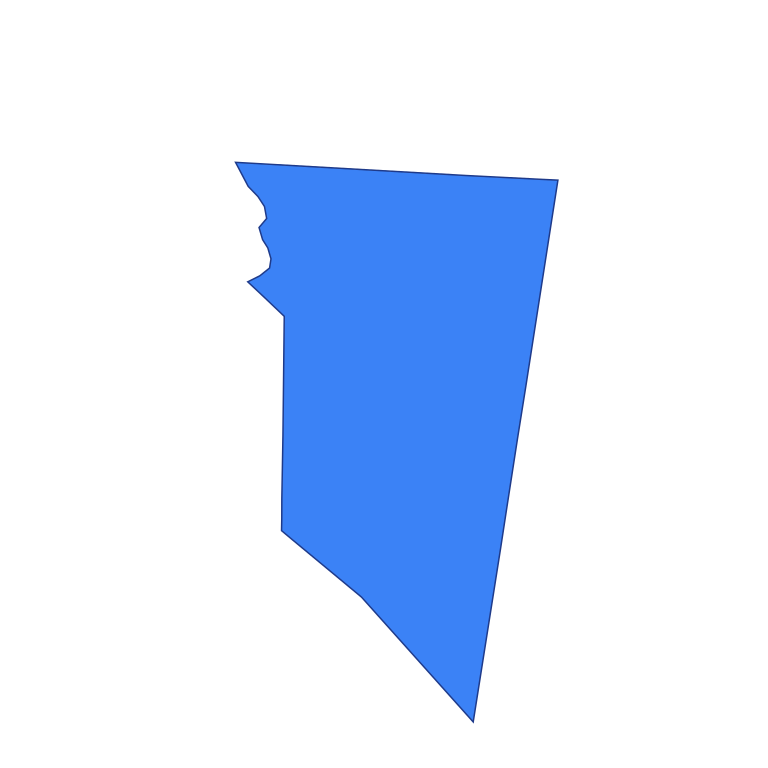 the district of Severiano Melo, Rio Grande do Norte, Brazil, rotated 117°
{"feature_id": "56859067B49050380143436", "entity_name": "Severiano Melo", "entity_type": "district", "adm_level": 2, "iso_a3": "BRA", "parent_name": "Brazil", "parent_adm1": "Rio Grande do Norte", "projection": "albers", "projection_center": [-37.976, -5.776], "detail": "fine", "context": "isolated", "style": "filled", "palette": "blue", "viewbox_px": 768, "rotation_deg": 117, "n_neighbors": 0, "source": "geoboundaries", "source_scale": "gbopen_adm2", "svg_char_len": 531}
<svg xmlns="http://www.w3.org/2000/svg" viewBox="0 0 768 768"><g transform="rotate(117 384 384)"><path d="M123.4,321.6L132.2,341.1L161.1,405.8L253.9,616.9L269.6,594.7L274.2,581.4L280.1,571.1L289.8,563.7L301.3,566.4L310.5,557.7L315.5,549.3L323.8,541.5L332.6,538.6L344.0,543.8L354.8,551.8L361.3,529.4L369.0,503.6L476.3,450.4L532.5,423.0L550.1,414.1L561.2,408.7L564.3,395.2L580.8,321.9L584.1,307.3L644.6,151.1L477.8,205.4L438.5,218.4L371.3,240.5L321.6,256.6L123.4,321.6Z" fill="#3b82f6" stroke="#1e3a8a" stroke-width="1.5"/></g></svg>